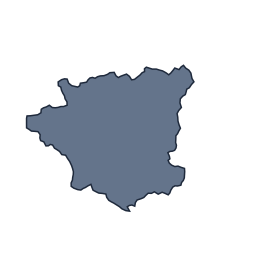 outline of Recreio, Minas Gerais, Brazil, rotated 145°
{"feature_id": "56859067B1728597863247", "entity_name": "Recreio", "entity_type": "district", "adm_level": 2, "iso_a3": "BRA", "parent_name": "Brazil", "parent_adm1": "Minas Gerais", "projection": "natural_earth1", "projection_center": [-42.438, -21.518], "detail": "fine", "context": "isolated", "style": "filled", "palette": "slate", "viewbox_px": 256, "rotation_deg": 145, "n_neighbors": 0, "source": "geoboundaries", "source_scale": "gbopen_adm2", "svg_char_len": 2362}
<svg xmlns="http://www.w3.org/2000/svg" viewBox="0 0 256 256"><g transform="rotate(145 128 128)"><path d="M125.3,53.9L122.7,53.7L120.7,52.1L117.5,50.8L115.4,52.6L112.8,53.3L110.5,54.8L108.6,57.2L106.6,59.7L104.9,62.5L107.0,65.2L108.9,68.1L111.8,69.6L113.6,72.6L114.3,75.6L113.7,78.5L111.4,78.7L110.3,81.1L109.5,84.9L107.2,84.8L104.8,83.5L102.6,83.0L100.1,84.1L98.2,86.1L97.4,88.7L95.5,91.1L93.2,94.2L90.7,94.9L88.3,96.3L85.2,97.7L84.3,101.5L83.1,105.0L81.0,108.4L79.5,111.7L76.5,113.2L72.5,114.2L71.1,118.7L68.4,121.9L64.8,122.7L61.9,122.5L59.6,124.3L57.6,126.1L54.7,125.8L51.1,127.2L47.5,128.0L47.2,131.8L46.1,134.4L45.0,136.9L45.0,140.5L46.4,144.0L46.6,147.5L49.3,147.6L52.7,146.6L55.3,150.3L58.0,149.4L61.3,148.5L64.1,148.2L65.2,151.4L66.9,154.9L69.0,157.4L70.9,159.9L74.3,162.3L76.5,165.2L78.1,167.3L80.5,167.1L82.1,164.7L84.7,165.2L87.9,164.5L91.6,164.3L94.8,164.1L97.4,165.4L97.2,169.5L98.3,173.0L101.6,173.9L104.4,174.6L107.0,174.9L107.9,177.6L107.4,181.5L111.1,183.7L114.0,183.7L117.6,184.6L120.9,186.6L123.6,187.5L126.4,187.6L128.1,189.8L130.5,190.8L133.0,190.4L135.6,189.3L138.5,190.6L141.3,192.0L143.3,190.3L145.7,190.4L147.7,192.6L149.8,194.9L150.9,198.7L149.8,203.0L151.8,204.7L154.7,205.7L158.8,205.8L160.8,202.6L159.6,200.1L160.8,197.1L161.4,193.9L161.6,190.8L162.8,188.0L163.0,184.4L164.8,181.6L168.4,182.5L170.7,184.1L173.5,185.0L176.0,186.3L178.3,188.2L179.4,191.8L182.7,192.1L185.7,193.0L188.3,193.1L190.6,190.4L194.3,190.6L197.8,192.4L201.1,194.1L203.8,195.8L205.5,194.2L208.1,190.5L211.0,186.3L209.9,183.8L208.9,180.9L206.1,178.6L203.8,176.6L203.8,172.9L205.9,170.4L206.8,167.8L204.9,164.9L205.5,160.4L203.4,159.1L201.1,159.1L199.5,157.3L199.8,153.6L198.7,151.2L197.5,148.0L197.5,144.2L194.7,141.5L195.0,137.5L195.0,134.0L195.8,129.4L196.7,126.4L197.8,123.5L199.5,121.3L201.8,119.1L203.4,117.2L206.1,115.6L208.0,112.8L206.9,109.8L204.5,106.3L202.2,104.2L199.4,104.2L197.0,103.7L194.2,103.6L190.7,103.1L191.5,100.3L192.3,97.1L190.8,94.2L189.3,91.5L186.5,89.1L184.0,86.6L185.2,83.4L185.2,79.8L184.1,77.2L182.8,74.8L181.5,71.7L180.1,68.4L179.4,65.4L177.2,61.6L174.4,59.0L173.8,63.9L171.4,63.8L169.0,62.7L167.3,60.1L164.7,62.7L161.8,63.8L157.9,62.6L154.9,62.0L152.0,62.6L148.9,63.0L146.2,61.0L143.0,60.6L141.2,56.5L136.9,55.8L135.2,53.3L133.4,50.2L131.0,50.8L128.6,52.5L125.3,53.9Z" fill="#64748b" stroke="#1e293b" stroke-width="1.5"/></g></svg>